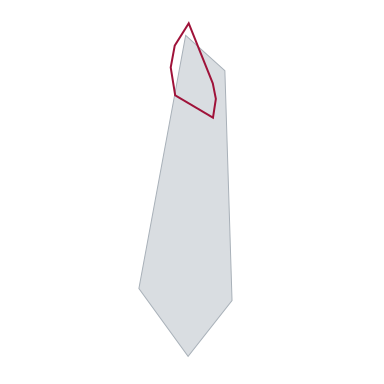 West End highlighted on a map of Anguilla, rotated 121°
{"feature_id": "AIA-5127", "entity_name": "West End", "entity_type": "District", "adm_level": 1, "iso_a3": "AIA", "parent_name": "Anguilla", "parent_adm1": "", "projection": "natural_earth1", "projection_center": [-63.137, 18.189], "detail": "fine", "context": "in_parent", "style": "outline", "palette": "rose", "viewbox_px": 384, "rotation_deg": 121, "n_neighbors": 0, "source": "natural_earth", "source_scale": "10m", "svg_char_len": 389}
<svg xmlns="http://www.w3.org/2000/svg" viewBox="0 0 384 384"><g transform="rotate(121 192 192)"><path d="M302.1,187.8L61.0,278.1L71.1,226.3L264.4,101.8L334.9,110.7L302.1,187.8Z" fill="#d9dde1" stroke="#a8b0b8" stroke-width="1"/><path d="M117.8,256.2L96.2,274.4L75.4,282.2L49.1,281.7L88.2,230.1L99.9,219.5L117.5,212.3L117.8,256.2Z" fill="none" stroke="#9f1239" stroke-width="2"/></g></svg>